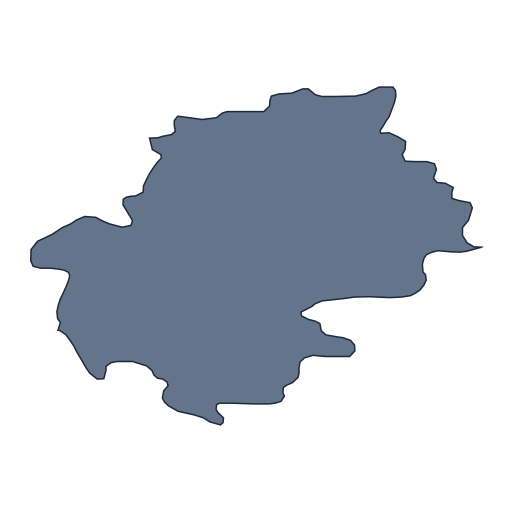 the district of Karma, Gomel, Belarus
{"feature_id": "67162791B17316516711258", "entity_name": "Karma", "entity_type": "district", "adm_level": 2, "iso_a3": "BLR", "parent_name": "Belarus", "parent_adm1": "Gomel", "projection": "equal_earth", "projection_center": [30.843, 53.121], "detail": "fine", "context": "isolated", "style": "filled", "palette": "slate", "viewbox_px": 512, "rotation_deg": 0, "n_neighbors": 0, "source": "geoboundaries", "source_scale": "gbopen_adm2", "svg_char_len": 2613}
<svg xmlns="http://www.w3.org/2000/svg" viewBox="0 0 512 512"><path d="M481.3,247.2L473.8,246.8L467.1,242.8L462.5,235.5L462.5,227.6L468.5,220.2L472.3,207.8L470.0,202.7L458.7,200.5L451.9,198.4L451.8,192.6L453.3,187.6L445.1,183.2L436.9,182.5L433.5,178.2L436.4,169.5L434.5,163.8L426.8,161.6L415.2,161.6L405.1,161.2L402.2,154.8L405.1,149.4L405.6,141.4L397.9,136.8L389.2,132.8L380.6,133.2L380.1,130.6L383.0,126.3L385.9,121.3L389.2,116.6L390.3,113.5L392.1,108.7L394.5,102.2L395.9,96.1L395.4,90.4L393.0,87.1L384.8,87.1L379.1,87.1L371.4,90.7L366.1,93.6L355.5,96.1L335.4,96.5L321.9,96.5L315.2,94.7L308.4,88.9L302.7,88.9L291.6,93.2L279.1,93.9L271.4,96.1L270.0,100.4L269.5,106.2L263.8,111.6L250.3,111.6L235.4,111.6L227.2,111.6L222.4,113.0L216.6,117.7L202.2,119.5L191.6,118.0L177.7,116.2L174.3,120.6L174.3,125.6L175.3,131.4L171.4,134.6L162.3,136.4L158.0,137.8L149.5,138.1L149.6,138.4L152.4,149.6L157.4,152.5L160.9,154.6L161.3,158.1L157.0,162.8L153.8,167.1L149.6,173.5L146.7,179.0L143.5,185.9L143.2,192.1L135.4,196.0L130.8,196.3L126.5,197.1L123.3,199.2L123.0,204.8L128.6,214.1L132.5,220.5L131.1,225.3L122.2,227.2L108.8,223.7L102.7,221.0L95.7,217.3L84.7,216.5L76.5,220.0L70.5,224.0L62.7,227.4L51.7,234.6L37.5,241.3L31.1,249.5L30.7,260.7L33.2,266.3L40.6,268.2L50.6,268.2L57.6,269.0L63.7,270.0L68.6,272.4L69.7,275.9L68.6,280.2L66.8,285.0L64.7,289.8L62.2,295.1L60.4,298.8L58.3,305.0L56.9,311.7L57.6,318.6L60.4,322.6L58.0,330.3L59.9,330.5L65.8,334.7L70.5,341.0L73.9,346.2L77.0,352.3L82.6,361.7L86.4,368.3L89.8,373.2L97.3,379.1L103.8,378.7L106.0,370.2L106.0,366.4L111.0,362.7L116.9,361.5L132.8,361.5L136.3,362.7L146.6,365.9L151.9,370.4L154.0,375.1L157.5,378.2L162.8,379.1L167.1,382.2L168.1,385.7L163.7,390.7L162.4,398.2L164.6,402.2L168.7,406.0L178.1,411.3L194.2,414.9L203.5,417.9L209.8,421.9L220.5,424.9L223.0,422.7L223.5,417.9L218.1,412.7L216.1,409.4L216.6,404.6L219.6,403.2L231.7,403.2L254.2,403.9L268.8,403.9L275.1,403.2L281.0,401.3L284.4,396.2L282.9,392.5L283.4,387.3L286.8,385.1L292.7,382.5L298.0,377.4L299.0,373.4L299.0,367.5L300.0,362.0L304.4,357.9L313.1,355.3L325.3,356.5L337.0,356.5L349.7,356.5L354.9,350.9L354.5,345.0L350.5,340.3L343.0,337.7L338.0,337.0L325.9,334.9L321.2,330.7L319.9,323.6L315.2,321.1L308.4,319.4L301.5,315.9L300.9,312.1L306.8,309.1L311.8,306.5L315.2,303.7L322.1,300.9L333.3,299.7L344.2,298.5L354.2,297.1L368.8,296.7L389.4,297.6L400.9,297.1L410.3,295.7L415.0,293.4L419.9,290.1L423.7,285.4L426.2,280.2L425.5,274.6L423.0,272.0L422.4,264.1L423.9,258.5L426.4,254.7L431.4,252.4L437.9,250.7L452.0,251.9L460.4,252.1L466.9,251.2L480.9,247.4L481.3,247.2Z" fill="#64748b" stroke="#1e293b" stroke-width="1.5"/></svg>